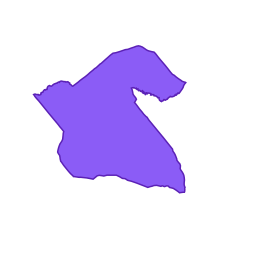 outline of Angkor Chum, Siemréab, Cambodia, rotated 51°
{"feature_id": "14789045B56044752523155", "entity_name": "Angkor Chum", "entity_type": "district", "adm_level": 2, "iso_a3": "KHM", "parent_name": "Cambodia", "parent_adm1": "Siemréab", "projection": "orthographic", "projection_center": [103.697, 13.721], "detail": "fine", "context": "isolated", "style": "filled", "palette": "violet", "viewbox_px": 256, "rotation_deg": 51, "n_neighbors": 0, "source": "geoboundaries", "source_scale": "gbopen_adm2", "svg_char_len": 5078}
<svg xmlns="http://www.w3.org/2000/svg" viewBox="0 0 256 256"><g transform="rotate(51 128 128)"><path d="M194.1,139.1L194.2,138.4L194.7,137.5L196.0,136.9L196.6,136.4L197.3,134.3L198.4,133.3L200.4,133.1L201.5,132.2L203.4,130.8L206.0,129.9L208.9,129.1L210.8,128.7L211.4,127.6L212.5,125.8L213.4,124.6L212.9,123.8L211.5,122.5L210.3,121.7L210.0,121.0L208.7,120.7L207.2,119.9L205.7,118.6L204.0,116.9L201.9,115.5L199.9,114.4L198.2,113.9L196.5,113.6L195.1,113.5L193.7,113.4L192.4,113.0L191.1,111.7L190.2,110.9L188.1,110.2L187.5,110.4L185.7,110.4L183.8,110.3L182.8,109.6L180.1,108.7L178.1,108.1L176.2,107.8L174.3,107.7L172.4,106.7L158.0,106.6L148.3,106.7L145.3,106.7L135.6,106.8L133.9,106.7L131.7,106.4L130.3,106.8L127.1,107.1L124.3,107.0L120.8,107.1L116.8,106.9L113.7,106.8L112.3,106.9L111.7,105.3L111.0,103.4L109.3,103.0L106.6,103.0L104.9,102.8L102.7,101.6L101.1,100.8L99.8,100.4L99.1,100.3L99.4,99.4L99.7,98.8L100.4,98.4L100.4,98.0L101.0,97.7L101.5,97.5L101.8,97.4L102.4,97.0L102.4,96.6L102.7,96.7L103.0,96.9L103.4,96.8L103.2,96.5L103.7,96.0L103.8,95.7L104.2,96.0L104.7,96.1L105.2,96.3L105.6,96.3L105.7,95.8L105.8,95.4L106.2,95.2L106.6,95.0L107.0,95.1L107.3,95.3L107.6,95.0L107.9,94.6L108.2,94.4L108.3,94.0L108.1,93.8L108.0,93.5L108.1,93.2L108.5,93.3L108.9,93.7L109.1,94.0L109.5,94.5L109.9,94.3L110.0,93.9L109.7,93.6L109.5,93.1L110.0,93.0L110.6,93.1L110.6,93.4L110.8,94.1L111.1,93.9L111.6,93.7L111.5,93.2L112.1,92.9L112.6,93.2L113.0,93.4L113.1,93.1L112.9,92.5L112.4,92.3L112.0,91.8L112.3,91.4L113.0,91.4L113.6,91.4L113.6,91.0L113.3,90.6L113.7,90.1L114.0,89.8L114.2,89.6L114.6,89.4L115.0,89.1L115.4,88.7L115.9,88.9L116.3,89.3L116.6,89.6L116.8,89.3L117.2,89.0L117.3,88.5L117.1,88.2L117.6,88.0L117.9,87.7L118.2,87.1L118.8,87.1L119.2,87.5L119.6,87.2L120.0,86.9L120.3,86.6L120.5,86.2L121.1,86.1L121.6,85.8L121.9,85.7L122.7,85.9L123.3,85.8L123.4,85.4L123.7,84.9L124.1,84.8L124.5,85.3L125.0,85.6L125.5,85.7L126.1,86.0L126.8,85.9L127.2,85.8L127.6,85.8L128.1,85.4L128.5,85.4L128.6,85.0L128.4,84.6L128.5,84.3L128.8,84.0L128.9,83.5L128.8,83.0L128.5,82.7L128.5,82.1L129.0,81.8L129.4,81.8L129.7,81.7L129.9,81.5L129.9,81.1L130.0,80.4L130.2,80.0L130.4,79.2L130.0,78.9L129.9,78.5L130.1,78.1L130.1,77.8L130.0,77.3L130.0,76.8L130.0,76.5L130.2,76.0L130.1,75.7L130.0,75.3L130.4,75.1L130.8,75.0L131.1,74.7L131.1,74.3L131.5,73.8L131.8,73.7L131.9,73.3L132.0,72.8L132.3,72.2L132.2,71.7L132.2,71.3L132.0,71.0L132.4,70.8L132.6,70.4L132.8,69.9L132.5,69.7L132.1,69.5L132.3,69.2L132.7,68.9L132.6,68.5L132.4,68.1L132.4,67.7L132.7,67.4L132.3,67.1L132.6,66.7L133.2,66.4L132.9,65.2L132.5,63.8L131.7,61.0L131.0,59.4L130.1,58.1L129.4,56.2L129.1,54.5L128.7,54.6L127.0,55.8L125.5,56.6L124.1,56.9L122.6,57.4L120.9,57.9L118.5,58.5L116.1,58.9L114.3,59.7L111.4,59.8L106.6,59.7L102.7,59.7L98.7,59.8L95.3,59.9L91.5,59.9L88.0,59.8L86.2,59.9L85.4,60.0L84.0,61.2L82.7,62.2L80.8,63.6L79.8,64.1L78.9,64.5L76.7,65.1L74.1,65.9L72.0,67.1L70.7,68.2L69.7,70.1L68.9,72.6L67.8,75.5L66.8,78.5L65.4,80.8L64.5,83.3L63.2,86.8L61.8,90.2L60.4,92.6L60.3,95.9L60.5,99.4L60.6,102.2L60.6,102.6L60.8,106.0L60.8,106.5L60.9,107.5L60.9,108.2L60.8,109.1L60.7,109.9L60.8,110.3L61.0,113.0L61.1,114.8L60.9,116.4L60.9,117.5L61.0,118.4L61.0,120.1L61.0,122.4L61.2,125.8L61.2,129.0L61.0,132.6L60.9,135.4L61.0,137.7L60.9,141.0L60.8,143.0L60.8,144.3L60.5,144.9L59.9,145.0L59.1,145.1L58.4,145.1L58.0,145.2L57.5,145.6L56.8,145.5L56.4,145.0L55.9,145.2L55.4,145.4L54.5,145.5L54.1,145.7L53.9,146.4L53.5,146.7L53.1,147.3L52.9,147.6L52.3,147.7L52.0,148.1L51.7,148.7L51.4,148.8L50.7,149.3L50.2,149.8L49.9,150.0L49.5,150.4L49.1,151.3L49.1,151.9L49.3,152.4L48.9,152.5L48.6,153.0L48.5,153.6L48.4,154.0L48.3,154.5L48.5,155.1L48.0,155.6L47.8,156.4L47.6,157.0L47.3,157.6L47.3,158.5L47.2,159.3L47.4,160.3L47.2,161.4L46.6,161.8L45.9,162.1L45.5,162.4L45.5,162.8L45.3,163.4L45.3,163.9L45.6,164.9L45.9,165.4L46.6,166.0L46.9,166.4L47.0,166.7L46.6,166.9L46.4,167.2L46.6,168.1L46.4,168.3L45.9,168.6L45.7,168.8L45.8,169.4L45.9,170.2L46.0,170.5L46.4,171.3L46.6,171.8L46.2,172.2L46.1,172.8L46.3,173.3L46.0,173.7L46.3,174.0L46.6,174.1L46.9,174.4L47.1,174.8L46.9,175.1L46.7,175.9L46.5,176.5L45.9,176.6L45.4,176.7L45.2,177.3L44.9,177.4L44.6,177.7L44.3,178.1L44.0,178.4L43.6,178.6L43.3,178.7L43.0,179.1L42.9,179.5L42.7,179.8L42.6,180.3L43.7,180.3L44.9,180.5L47.3,180.5L51.0,180.3L55.5,180.3L59.2,180.3L62.4,180.3L66.4,180.3L74.7,180.2L81.3,180.1L82.0,180.1L84.1,180.2L87.0,180.1L90.2,180.1L91.5,181.8L92.8,183.0L94.4,184.6L95.6,185.8L96.4,187.3L96.8,188.4L97.2,189.6L97.5,190.7L98.3,192.2L99.6,194.3L101.1,196.3L102.4,197.8L103.9,198.2L106.3,198.4L108.0,199.3L109.4,200.2L110.5,200.7L111.4,201.2L112.9,201.2L116.6,201.5L120.1,201.5L124.2,201.5L127.1,201.4L130.7,200.9L131.4,201.0L132.2,200.1L135.5,197.1L136.5,195.8L139.2,193.1L140.9,191.4L144.8,188.1L145.8,187.3L145.8,181.9L146.7,180.1L148.6,178.3L150.1,177.0L151.5,173.9L154.9,169.8L157.4,166.7L160.8,165.1L163.6,164.1L165.6,162.1L168.4,161.2L171.6,158.8L176.6,155.7L180.8,153.3L184.8,151.0L186.6,150.0L187.5,147.7L188.4,145.9L189.0,144.1L190.6,141.8L193.3,139.7L194.1,139.1Z" fill="#8b5cf6" stroke="#5b21b6" stroke-width="1.5"/></g></svg>